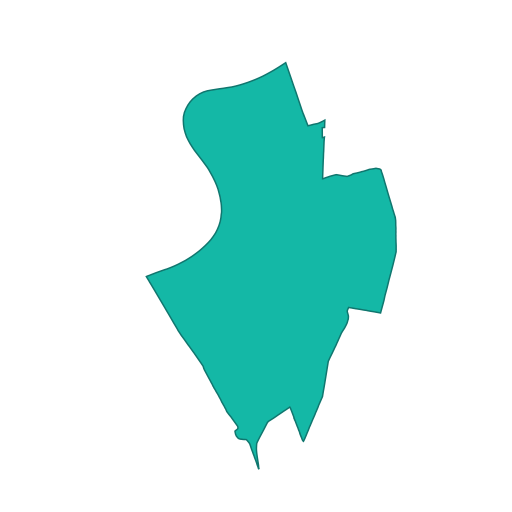 Culemborg, Gelderland, Netherlands, rotated 301°
{"feature_id": "6326949B1305766701073", "entity_name": "Culemborg", "entity_type": "district", "adm_level": 2, "iso_a3": "NLD", "parent_name": "Netherlands", "parent_adm1": "Gelderland", "projection": "mercator", "projection_center": [5.204, 51.949], "detail": "fine", "context": "isolated", "style": "filled", "palette": "teal", "viewbox_px": 512, "rotation_deg": 301, "n_neighbors": 0, "source": "geoboundaries", "source_scale": "gbopen_adm2", "svg_char_len": 6070}
<svg xmlns="http://www.w3.org/2000/svg" viewBox="0 0 512 512"><g transform="rotate(301 256 256)"><path d="M437.0,181.9L432.9,179.9L429.1,178.0L424.3,175.5L420.6,173.4L417.2,171.4L413.6,169.2L410.2,166.9L406.7,164.4L403.6,162.0L400.7,159.7L397.1,156.6L394.2,154.0L391.2,151.1L388.4,148.2L385.8,145.0L382.9,141.6L380.7,138.8L375.4,132.5L372.5,129.2L369.5,126.5L366.0,124.2L362.4,122.4L358.6,121.1L357.5,120.8L354.4,120.2L350.4,119.9L346.2,120.1L342.2,120.7L338.2,122.0L335.4,123.5L334.7,123.9L331.3,126.2L328.1,128.8L325.2,131.8L322.5,135.0L320.3,138.4L318.3,141.8L316.4,145.6L314.8,149.0L314.6,149.5L310.4,160.2L306.8,168.8L305.7,171.0L301.8,177.8L298.7,182.6L296.3,185.9L293.7,189.1L290.8,192.1L287.9,195.0L284.8,197.6L283.7,198.6L281.6,200.2L278.2,202.5L275.9,203.9L273.5,204.9L270.8,206.2L267.0,207.6L263.0,208.6L258.9,209.2L254.8,209.5L250.7,209.3L246.6,208.9L242.6,208.1L238.6,207.1L234.6,205.9L232.4,205.2L231.2,204.8L226.9,203.1L222.7,201.3L219.1,199.5L215.8,197.8L212.2,195.6L208.8,193.5L205.4,191.2L202.0,188.7L198.9,186.3L197.5,185.0L192.8,181.1L190.1,178.9L182.5,173.0L181.9,172.6L179.4,177.3L178.7,178.5L177.8,180.3L174.1,187.2L164.3,205.3L163.4,206.9L163.3,207.1L162.0,209.5L161.2,211.0L159.7,213.7L156.1,220.2L153.0,226.0L152.0,227.6L150.5,230.8L149.5,232.8L147.9,236.7L144.6,244.2L144.1,245.6L143.2,247.6L141.6,251.3L140.9,253.0L140.2,254.5L139.9,255.2L137.4,260.7L136.7,262.3L134.8,266.4L134.4,267.2L133.9,268.0L133.6,268.2L133.2,268.6L132.5,269.5L131.8,270.5L127.2,278.2L125.1,281.8L124.8,282.2L124.5,282.7L124.3,283.1L123.5,284.5L122.2,286.4L122.1,286.8L121.2,288.1L120.5,289.6L119.3,291.6L118.4,293.3L117.8,294.5L116.9,296.0L115.9,297.6L115.2,298.9L114.5,300.0L114.0,300.7L113.9,300.9L113.4,301.6L113.0,302.2L112.5,303.2L111.6,304.7L111.1,305.7L109.6,308.1L109.4,308.6L107.6,311.1L106.4,314.0L105.0,317.9L104.6,318.7L102.2,324.3L100.6,328.0L99.5,329.0L99.1,329.2L98.4,329.3L97.5,329.1L95.4,328.2L94.7,328.4L94.3,328.8L93.1,329.9L92.6,330.4L91.5,332.0L90.9,333.7L90.6,334.7L90.6,335.2L90.8,336.3L91.3,337.7L91.7,338.2L91.9,339.0L92.3,339.8L93.6,342.1L93.5,342.9L92.4,346.1L92.0,346.9L91.7,347.5L90.6,348.8L90.0,349.5L88.0,351.8L86.3,354.0L85.1,355.4L83.5,357.5L83.4,357.6L82.5,358.6L80.9,360.7L78.7,363.4L77.9,364.2L76.7,365.7L75.8,366.8L75.3,367.3L75.0,367.8L75.3,368.0L75.4,367.9L76.0,367.3L76.3,367.1L78.2,365.7L84.7,360.3L87.6,358.0L89.8,356.4L91.4,355.4L93.8,354.1L95.6,353.2L96.1,353.1L96.4,353.0L97.4,352.9L98.6,352.8L102.6,352.5L110.7,352.1L118.2,351.6L118.8,351.6L119.0,351.5L119.9,351.7L120.3,351.8L120.5,351.8L121.0,352.0L122.0,352.5L123.6,353.3L126.0,354.5L127.5,355.2L128.6,355.7L131.3,356.9L131.9,357.2L136.2,359.2L136.5,359.3L140.0,361.0L143.9,362.8L143.7,363.2L143.5,363.6L141.3,366.5L139.0,369.4L137.9,370.8L137.2,371.7L136.8,372.1L136.6,372.0L136.1,372.8L135.4,373.5L135.5,373.7L132.1,378.0L131.9,378.3L131.3,379.0L130.4,380.3L128.7,382.3L128.2,383.1L127.6,383.8L126.3,385.4L126.2,385.3L124.4,387.6L124.5,387.7L122.5,390.1L121.8,391.2L121.6,392.1L122.4,392.1L123.2,392.0L125.2,391.8L125.4,391.7L126.3,391.6L127.9,391.4L130.3,391.0L133.1,390.6L134.1,390.5L134.8,390.3L135.6,390.2L137.1,389.9L138.5,389.8L139.2,389.7L140.8,389.4L141.4,389.4L143.1,389.1L146.0,388.7L147.2,388.6L147.7,388.5L149.4,388.3L150.0,388.2L151.5,388.0L151.6,387.9L152.3,387.8L153.2,387.7L154.3,387.6L156.0,387.3L156.3,387.3L158.4,387.0L160.3,386.6L163.5,386.2L168.9,385.5L169.7,385.4L174.2,383.6L178.4,382.0L181.7,380.7L202.2,372.5L203.0,372.2L207.5,371.7L212.5,371.3L214.3,371.1L215.6,371.0L216.5,370.9L217.1,370.8L219.9,370.6L221.8,370.4L222.1,370.3L222.9,370.2L224.9,370.0L228.0,369.6L230.7,369.3L231.5,369.2L233.0,369.0L233.9,368.9L236.0,368.9L236.8,368.9L239.0,369.0L240.4,369.0L241.9,368.9L243.5,368.8L245.3,368.6L245.8,368.5L248.7,367.7L249.0,367.7L249.5,367.5L250.4,367.1L251.5,366.5L251.9,366.3L252.4,365.9L252.7,365.6L254.8,363.4L255.1,363.0L255.8,362.6L256.1,362.5L256.2,362.4L256.7,362.3L257.1,362.2L258.6,362.0L259.6,361.9L259.9,362.7L260.7,364.6L261.4,366.6L261.8,367.5L262.0,368.2L262.5,369.3L264.2,373.5L265.2,376.2L266.3,378.8L266.6,379.8L267.7,382.7L269.0,385.9L270.5,389.9L270.8,390.7L271.3,392.1L281.6,389.2L284.0,388.5L284.8,388.2L285.7,387.9L288.6,386.9L290.7,386.3L296.0,384.8L299.9,383.6L304.0,382.3L307.9,381.2L318.2,378.2L321.1,377.3L326.6,375.6L331.2,374.1L331.7,374.0L331.9,373.8L333.9,372.7L334.5,372.3L336.7,371.0L338.4,369.9L339.9,368.9L344.0,366.3L345.4,365.5L346.0,365.1L346.9,364.5L348.2,363.8L348.8,363.5L349.1,363.2L351.9,361.6L354.1,360.1L354.4,359.9L354.9,359.6L355.2,359.4L356.7,358.5L357.3,358.1L358.4,357.4L360.8,355.5L360.7,355.4L361.4,354.8L362.5,353.6L363.6,352.3L364.3,351.6L365.2,350.6L365.7,350.0L366.2,349.4L367.4,348.1L367.5,348.0L368.4,347.1L376.1,338.6L378.4,336.1L382.5,331.7L385.4,328.5L387.6,326.2L390.4,323.1L391.1,322.3L393.0,320.0L393.3,319.7L393.8,319.3L393.9,319.1L394.1,318.9L394.1,318.7L394.2,318.4L394.3,318.1L394.3,317.6L394.2,317.3L394.2,316.9L394.0,316.5L393.0,313.8L393.0,313.7L391.3,311.8L389.8,310.0L388.8,308.7L388.5,308.4L387.5,307.6L386.1,306.4L385.2,305.6L384.5,305.0L383.9,304.4L383.4,303.9L383.0,303.4L382.2,302.7L381.5,302.1L380.3,300.9L379.8,300.4L379.0,299.6L377.1,297.5L376.7,297.1L376.2,296.7L374.8,296.0L374.5,295.8L371.3,293.3L371.1,293.0L371.0,292.8L370.8,292.5L370.7,292.0L370.4,291.4L369.4,289.0L367.7,284.5L367.1,283.0L366.8,282.7L366.4,282.2L362.6,278.5L360.1,276.4L359.1,275.5L358.2,274.8L357.0,273.9L356.7,273.6L356.5,273.3L364.6,268.8L366.4,267.8L373.1,264.1L374.5,263.4L378.8,261.0L380.2,260.3L389.3,255.3L392.1,253.9L393.2,253.4L391.8,252.2L391.6,251.9L400.1,246.7L401.5,248.6L402.9,247.8L405.2,246.5L406.7,245.7L407.9,245.0L405.5,243.6L404.7,243.0L404.0,242.6L403.4,242.2L402.0,241.2L401.4,240.7L400.6,239.9L400.2,239.4L398.4,237.4L396.9,236.0L395.2,234.3L394.7,233.8L394.7,233.7L394.4,233.4L394.6,233.2L394.9,232.8L401.5,224.3L401.4,224.3L402.2,223.3L402.3,223.1L403.5,221.7L404.7,220.2L407.7,216.7L412.8,210.7L416.6,206.3L421.7,200.1L422.0,199.8L422.7,198.9L424.2,197.2L424.7,196.5L425.1,196.1L437.0,181.9Z" fill="#14b8a6" stroke="#0f766e" stroke-width="1.5"/></g></svg>